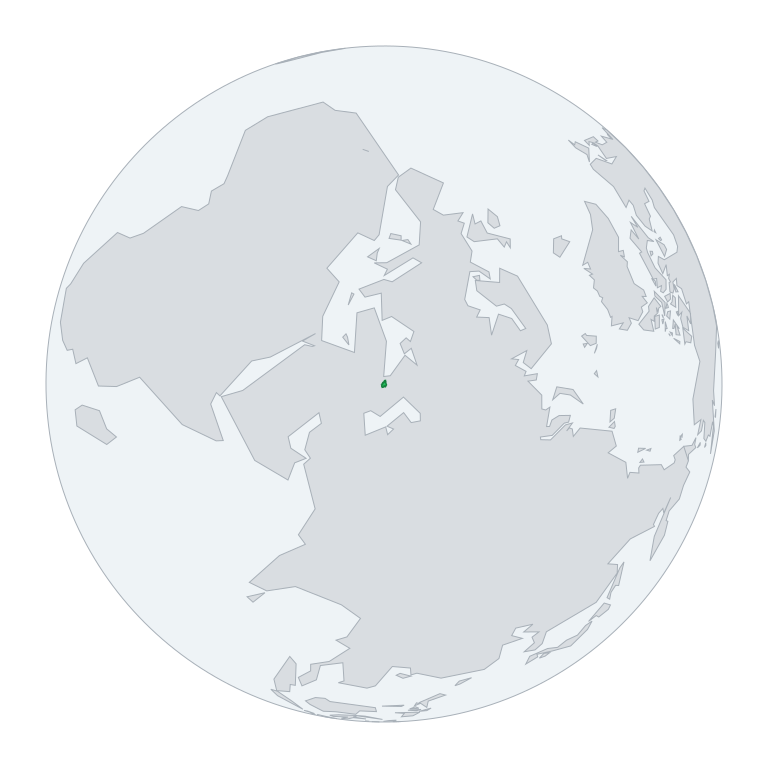 Samtskhe-Javakheti on an orthographic globe, rotated 86°
{"feature_id": "GEO-3038", "entity_name": "Samtskhe-Javakheti", "entity_type": "Region", "adm_level": 1, "iso_a3": "GEO", "parent_name": "Georgia", "parent_adm1": "", "projection": "orthographic", "projection_center": [43.25, 41.511], "detail": "fine", "context": "on_globe", "style": "filled", "palette": "green", "viewbox_px": 768, "rotation_deg": 86, "n_neighbors": 0, "source": "natural_earth", "source_scale": "10m", "svg_char_len": 11630}
<svg xmlns="http://www.w3.org/2000/svg" viewBox="0 0 768 768"><g transform="rotate(86 384 384)"><circle cx="384" cy="384" r="338" fill="#eef3f6" stroke="#a8b0b8"/><path d="M336.6,49.4L336.9,49.4L333.3,49.9L336.6,49.4ZM328.5,50.7L330.7,50.4L342.5,49.0L349.5,48.2L375.7,51.0L413.6,55.7L428.7,55.8L422.9,57.6L453.8,57.8L476.5,63.2L448.9,58.3L444.5,58.8L458.9,62.5L457.5,64.0L463.6,66.9L460.7,68.7L444.8,66.6L442.6,67.9L452.9,70.6L456.5,74.6L441.7,70.4L446.3,77.3L420.6,76.9L383.5,67.3L367.1,71.5L323.2,74.3L325.2,76.7L309.7,80.5L306.2,84.9L299.1,85.0L302.4,88.7L309.6,87.9L313.5,89.5L312.1,92.3L302.7,92.5L302.1,91.1L298.6,92.7L294.5,91.7L295.7,93.8L284.6,94.2L293.4,98.2L282.6,102.2L275.9,101.4L279.6,95.7L273.0,82.6L267.2,81.5L255.4,84.7L226.8,102.0L219.2,103.6L206.8,110.0L209.5,111.2L220.3,106.9L222.3,111.5L235.2,106.5L237.9,107.9L250.0,105.8L244.8,112.5L233.3,120.5L223.1,122.9L217.7,126.8L224.8,130.2L203.1,141.2L184.4,160.2L179.2,162.9L173.7,156.6L180.4,141.3L173.3,136.3L174.5,146.4L161.4,154.1L157.8,158.6L156.5,162.6L160.2,162.6L155.0,167.0L151.9,157.9L156.5,153.6L157.5,156.3L160.6,149.6L158.4,144.9L151.9,149.9L155.5,139.9L150.9,143.6L149.1,144.0L156.1,138.5L143.5,148.6L146.0,144.2L165.1,126.5L185.6,110.4L207.3,96.0L230.0,83.2L253.6,72.3L278.0,63.1L303.0,55.9L328.5,50.7ZM46.4,399.1L48.9,423.1L54.4,452.6L57.1,468.1L57.2,470.0L51.9,446.7L48.3,423.0L46.4,399.1ZM352.8,47.9L342.8,48.9L332.7,50.0L341.2,48.8L352.8,47.9ZM371.8,47.8L366.7,48.2L363.9,47.4L367.7,47.4L371.8,47.8ZM439.9,56.1L432.1,54.6L440.2,55.6L439.9,56.1ZM465.0,67.1L467.7,67.2L469.7,68.7L465.0,67.1ZM252.0,102.4L250.9,104.0L249.2,103.5L252.0,102.4ZM258.1,100.0L256.8,98.3L259.6,97.0L260.3,98.1L258.1,100.0ZM467.1,73.0L469.6,75.9L464.3,72.5L467.1,73.0ZM259.1,102.6L264.6,94.9L269.5,92.7L276.3,95.2L259.1,102.6ZM469.2,77.4L475.5,85.2L481.9,85.7L467.1,89.3L466.7,81.0L459.2,76.5L466.1,78.3L469.2,77.4ZM312.5,86.5L304.8,87.4L312.5,84.2L312.5,86.5ZM316.5,84.1L334.8,73.3L345.5,73.9L337.2,77.1L352.1,76.3L348.3,81.8L339.3,83.5L333.1,81.9L336.4,85.3L316.5,84.1ZM457.9,90.4L457.1,92.2L454.9,89.9L457.9,90.4ZM315.6,89.8L318.3,87.4L327.8,87.6L324.1,92.6L322.2,90.9L315.6,89.8ZM357.9,73.7L364.3,75.1L362.9,79.8L365.2,81.1L349.2,82.0L357.9,73.7ZM319.3,92.3L321.9,95.3L316.1,97.9L313.6,92.3L319.3,92.3ZM331.9,85.7L336.2,86.1L332.5,87.4L331.9,85.7ZM297.2,109.7L300.2,106.2L305.4,105.9L297.2,109.7ZM323.2,96.2L325.2,95.4L327.6,95.0L328.1,97.5L323.2,96.2ZM349.4,85.5L347.5,87.4L355.9,85.3L355.2,89.2L344.6,89.3L348.9,90.9L348.8,92.1L340.3,90.9L349.4,85.5ZM335.7,99.2L322.0,101.3L315.2,107.6L310.4,107.9L322.2,97.9L335.7,99.2ZM339.2,94.4L335.9,97.3L331.6,95.9L331.1,93.1L339.2,94.4ZM358.6,91.9L362.3,85.9L364.5,86.2L358.6,91.9ZM334.6,101.2L337.9,100.7L334.6,101.8L334.6,101.2ZM352.2,94.9L353.2,92.7L355.7,93.0L352.2,94.9ZM343.7,101.7L339.3,102.3L338.8,100.2L343.7,101.7ZM348.3,98.8L351.4,99.8L341.3,99.1L348.4,97.7L348.3,98.8ZM354.4,95.6L356.2,95.1L353.6,96.5L354.4,95.6ZM348.1,109.6L335.5,109.2L334.4,104.5L346.8,105.4L348.1,109.6ZM109.3,481.4L98.5,425.1L107.6,413.7L111.8,392.9L176.5,354.9L187.2,366.8L234.8,378.5L240.2,383.7L231.4,399.6L264.5,432.9L279.0,421.6L312.2,440.4L336.3,443.2L350.5,411.3L311.1,406.0L307.4,388.4L341.5,378.6L376.5,383.8L376.2,377.2L356.8,361.0L367.5,349.7L350.3,354.3L355.3,361.6L344.7,365.1L339.5,358.7L343.5,354.7L333.7,350.5L317.2,371.7L320.4,381.4L293.2,380.4L296.0,396.9L287.6,402.3L279.7,376.8L282.6,368.7L265.7,338.0L260.2,346.3L275.8,376.2L269.7,372.6L262.5,385.3L263.2,372.8L247.7,339.2L224.8,336.2L191.0,359.0L178.7,355.3L170.5,342.1L187.6,310.7L213.3,322.7L219.7,313.0L218.6,293.2L226.5,298.9L229.2,292.7L239.3,296.6L257.5,286.9L268.4,289.4L279.5,271.5L286.6,270.7L278.0,281.3L277.9,290.5L305.3,297.6L311.8,294.8L316.8,282.9L323.7,286.9L325.1,274.5L342.8,273.3L322.3,264.9L327.6,252.0L340.4,244.2L338.5,238.7L317.6,251.7L312.6,258.4L314.2,266.4L297.4,284.9L287.1,285.7L290.8,261.6L276.6,260.5L285.7,243.3L336.5,217.0L355.6,214.2L379.0,236.1L372.3,243.6L360.6,239.2L367.8,255.0L369.0,248.0L374.7,251.7L381.3,241.4L385.7,243.5L384.4,230.3L390.6,231.8L391.2,240.2L406.1,227.4L419.9,228.3L421.2,224.5L418.6,220.1L437.8,224.8L437.9,221.8L431.6,219.0L427.7,211.5L428.3,200.3L434.9,202.5L435.6,206.9L447.0,219.8L447.8,231.7L450.5,231.5L451.4,221.8L437.5,205.9L436.0,198.7L443.6,205.1L440.7,202.2L442.0,199.3L449.5,198.8L441.6,191.4L447.0,159.8L462.1,156.6L468.3,165.2L479.0,148.2L495.1,147.6L489.3,144.8L490.6,135.9L485.5,135.8L482.9,133.9L483.8,113.0L489.1,110.5L482.9,100.0L479.9,98.8L475.6,100.0L467.1,89.3L481.9,85.7L488.0,88.5L493.1,85.1L506.1,92.3L519.3,97.4L530.5,108.4L539.9,112.1L540.8,110.4L554.4,114.8L578.9,131.0L554.9,125.0L517.2,105.9L532.2,113.9L527.6,114.5L532.2,119.1L542.9,125.0L544.9,124.1L555.7,149.1L579.0,173.2L580.4,163.6L588.9,164.6L616.6,187.6L642.5,239.3L654.0,244.3L659.8,251.9L660.9,262.8L652.6,252.0L646.9,254.0L642.1,246.7L641.1,261.9L634.0,252.2L636.7,269.6L643.9,274.2L647.4,263.7L652.8,283.9L665.9,288.5L675.7,303.9L681.4,347.6L674.8,371.4L676.1,377.4L669.2,377.4L666.4,395.4L684.5,413.6L686.2,422.2L678.8,450.4L677.4,444.6L659.2,444.5L660.4,467.1L674.4,472.1L679.4,486.9L670.7,489.9L665.1,477.2L658.5,476.7L657.0,458.1L645.3,436.5L636.2,449.7L633.7,438.6L616.2,423.8L601.3,441.9L579.9,486.5L582.2,515.4L572.5,532.2L547.8,500.2L538.4,473.6L528.4,479.9L503.8,461.4L458.4,469.7L452.9,462.6L444.1,467.6L427.0,461.7L418.9,449.2L408.1,450.9L429.9,483.3L441.6,481.4L452.7,466.9L456.4,478.6L473.1,486.5L451.2,518.3L385.3,547.2L380.6,525.4L339.3,460.4L341.5,453.1L341.4,452.3L341.0,450.7L335.5,462.3L328.9,448.8L349.2,495.6L351.8,514.4L384.4,548.5L380.9,551.8L391.9,558.3L429.2,548.3L429.0,555.4L410.4,588.1L360.2,627.3L367.9,651.0L366.1,669.0L337.2,678.1L342.2,689.9L327.6,692.1L328.3,697.7L318.0,701.5L299.8,702.5L266.4,694.2L262.3,689.6L242.6,675.2L214.3,639.3L220.7,627.2L216.9,613.4L192.9,573.6L198.0,557.0L192.1,546.3L179.5,542.7L173.0,529.6L165.6,525.6L121.3,504.6L109.3,481.4ZM151.0,382.9L148.4,388.9L151.0,382.9ZM411.8,406.2L433.8,406.3L426.9,385.3L434.8,383.9L429.6,377.6L426.3,383.9L413.9,366.4L424.4,359.6L423.3,350.3L415.8,349.9L398.4,365.5L416.1,390.1L409.7,399.1L411.8,406.2ZM161.6,154.6L161.7,155.5L159.4,160.0L158.4,158.8L161.6,154.6ZM161.8,176.3L153.5,183.1L158.7,177.1L155.7,176.3L163.0,163.3L176.9,163.6L169.3,165.5L161.8,176.3ZM176.6,147.1L170.4,154.6L176.6,146.5L176.6,147.1ZM234.2,257.3L236.3,263.2L230.4,269.1L216.7,268.0L225.0,259.2L234.2,257.3ZM240.6,270.5L248.1,248.0L256.9,248.5L250.7,251.9L255.8,254.5L247.1,260.8L248.3,284.1L243.1,291.0L220.5,283.8L230.7,282.0L228.1,276.0L240.6,270.5ZM251.6,196.6L255.0,188.8L269.8,199.7L265.0,205.9L251.0,204.6L248.5,196.6L251.6,196.6ZM270.1,109.4L270.4,107.0L273.0,106.7L274.8,108.6L270.1,109.4ZM298.2,108.1L271.3,120.0L270.3,117.7L255.8,128.4L247.5,126.7L257.2,119.7L240.0,126.9L245.4,119.9L234.0,125.7L256.5,110.2L260.7,104.8L259.2,111.3L266.6,112.8L271.1,111.9L287.0,105.5L299.7,95.4L309.2,96.0L312.5,99.1L310.8,101.6L305.2,100.3L307.1,104.6L297.7,104.7L298.2,108.1ZM345.5,145.4L339.7,141.1L341.9,153.1L332.5,151.8L333.3,153.3L325.3,155.7L317.0,161.3L313.2,159.8L311.6,162.7L306.2,164.6L302.8,168.3L294.8,166.9L289.9,171.5L288.9,168.3L282.6,176.6L283.7,169.9L276.8,172.3L279.4,177.5L244.7,165.1L229.3,166.2L215.8,171.2L219.5,160.1L234.4,148.8L254.0,139.8L268.3,140.8L267.4,136.0L274.0,135.3L272.0,139.3L279.0,132.7L283.8,133.3L301.3,127.5L308.4,118.4L315.0,116.4L314.6,120.3L321.4,115.7L325.2,121.9L330.0,120.8L338.5,126.1L335.0,134.9L340.6,133.0L347.4,137.5L345.5,145.4ZM350.2,111.2L348.2,121.1L342.1,125.6L329.9,114.5L325.0,114.7L316.9,108.5L325.9,102.4L327.4,104.6L331.0,105.5L326.7,107.0L332.8,106.4L335.0,109.6L340.3,110.1L338.2,113.1L350.2,111.2ZM248.4,379.3L252.9,381.6L260.5,383.1L256.0,391.5L248.4,379.3ZM237.3,356.6L241.7,356.9L239.1,368.8L234.4,366.7L237.3,356.6ZM246.3,347.4L242.1,356.0L241.6,350.1L246.3,347.4ZM282.3,281.2L287.3,281.1L287.0,284.1L283.2,287.7L282.3,281.2ZM350.0,183.5L347.7,179.7L349.7,178.5L351.1,168.9L358.2,169.5L360.1,175.5L350.0,183.5ZM342.6,416.3L334.4,421.9L331.3,418.4L334.7,417.1L342.6,416.3ZM292.2,407.7L302.7,414.2L290.8,409.9L292.2,407.7ZM358.0,182.5L357.7,178.4L361.4,181.3L358.0,182.5ZM363.4,169.5L368.1,172.0L359.2,168.4L363.4,169.5ZM425.0,664.8L404.5,693.3L388.2,693.9L384.0,686.6L390.8,669.7L409.4,663.8L418.2,654.6L425.0,664.8ZM706.9,480.5L709.0,475.5L708.6,476.8L706.9,480.5ZM705.0,482.9L707.9,476.3L704.0,486.6L705.0,482.9ZM708.9,473.8L711.8,464.4L713.1,459.5L712.5,462.4L708.9,473.8ZM702.8,487.6L687.5,511.9L680.6,518.2L683.0,511.8L694.2,497.6L702.8,487.6ZM682.4,512.4L670.7,514.4L649.2,497.0L657.0,491.2L678.4,493.5L677.2,498.5L684.3,499.5L682.4,512.4ZM707.6,454.9L706.2,467.4L698.5,480.1L694.6,484.4L692.0,474.3L693.5,464.7L697.0,460.0L706.3,415.2L710.3,414.4L708.4,431.1L711.5,435.2L707.6,454.9ZM583.9,517.3L592.5,529.9L586.7,535.4L583.9,517.3ZM706.9,389.3L705.2,408.5L705.8,386.3L706.9,389.3ZM705.4,370.8L707.1,376.0L704.3,373.8L705.4,370.8ZM678.9,385.6L675.4,392.1L673.8,388.1L677.3,377.5L678.9,385.6ZM683.1,317.1L688.6,329.2L689.9,334.3L685.6,329.6L683.1,317.1ZM417.9,186.6L408.0,198.8L405.6,209.1L411.5,216.8L398.9,211.8L402.7,195.8L417.9,186.6ZM442.8,162.6L437.5,156.7L442.5,156.3L444.4,157.6L442.8,162.6ZM437.6,161.2L426.1,159.7L424.9,154.6L434.2,156.7L437.6,161.2ZM391.9,170.1L388.4,173.5L385.5,171.0L391.9,170.1ZM713.2,460.4L711.7,466.5L714.5,454.2L713.2,460.4ZM721.7,395.8L721.5,398.8L721.9,390.7L721.7,395.8ZM719.4,422.2L719.1,425.5L718.7,426.3L719.4,422.2ZM720.6,413.3L719.9,419.8L720.2,416.5L720.7,412.1L720.6,413.3ZM713.2,433.6L714.0,438.0L716.9,425.3L714.7,438.0L715.6,443.7L714.5,449.9L713.8,443.2L712.0,457.8L710.6,461.2L710.8,452.3L712.7,435.3L714.0,426.2L718.5,408.9L713.2,433.6ZM720.5,408.1L720.1,402.4L720.2,395.1L720.8,396.8L720.5,408.1ZM717.2,389.8L714.0,386.7L712.7,396.0L713.9,371.2L717.0,378.3L717.2,389.8ZM712.2,374.3L711.1,382.9L711.2,369.7L712.2,374.3ZM709.9,381.1L708.2,375.1L709.9,371.8L709.9,381.1ZM713.0,371.9L710.6,359.6L712.8,364.1L713.0,371.9ZM703.4,362.0L709.6,363.9L704.2,370.9L696.8,349.8L698.6,344.3L703.4,362.0ZM668.3,248.1L663.9,243.3L663.6,237.5L666.7,242.3L668.3,248.1ZM658.3,216.0L662.0,234.4L664.3,250.3L666.9,249.7L673.3,262.1L665.8,257.6L659.3,239.3L658.8,229.2L652.3,219.8L648.0,208.5L639.0,199.8L635.0,193.0L643.0,198.1L658.3,216.0ZM635.1,196.5L617.9,179.6L620.2,173.5L624.4,175.9L631.4,186.0L629.8,188.5L635.1,196.5ZM614.4,173.9L612.7,176.4L583.8,161.5L578.2,157.0L601.4,164.0L601.0,167.0L607.7,172.1L614.4,173.9ZM460.8,92.9L457.4,92.3L460.0,91.4L460.8,92.9ZM480.1,134.2L476.8,131.4L480.0,130.1L480.1,134.2ZM469.6,123.3L468.3,126.6L467.0,122.2L469.6,123.3ZM465.8,134.5L466.5,127.5L469.8,135.6L465.8,134.5Z" fill="#d9dde1" stroke="#a8b0b8" stroke-width="1"/><path d="M382.1,384.2L381.9,384.0L382.0,383.9L382.1,383.7L381.4,383.5L381.2,383.6L380.9,383.3L380.8,383.1L380.7,383.0L380.6,382.9L380.7,382.7L380.6,382.3L380.8,382.3L381.0,382.3L381.1,382.2L381.4,382.1L381.6,382.3L382.1,382.1L382.5,382.2L382.9,382.1L383.3,382.1L383.5,382.1L384.8,381.6L385.2,381.7L385.3,381.7L385.4,381.8L385.5,382.0L385.8,382.2L385.9,382.3L386.0,382.4L386.1,382.5L386.3,382.5L386.6,382.5L386.8,382.7L386.6,382.9L386.3,382.9L386.1,382.9L386.0,383.1L386.0,383.7L386.0,383.8L385.9,383.9L385.9,384.0L386.0,384.0L386.4,383.9L386.6,383.9L386.8,384.1L386.9,384.3L386.9,384.5L387.0,384.8L387.1,385.0L387.0,385.3L387.1,385.5L387.2,386.0L386.7,386.1L386.3,386.3L386.2,386.4L385.4,386.3L385.2,386.3L384.9,386.4L384.9,386.2L384.7,386.0L384.6,385.9L384.4,385.9L383.9,386.0L383.7,385.7L383.3,385.5L383.6,385.4L383.6,385.2L383.4,385.2L383.2,385.0L382.9,384.8L382.8,384.7L382.7,384.4L382.4,384.3L382.4,384.2L382.1,384.2Z" fill="#22c55e" stroke="#15803d" stroke-width="1.5"/></g></svg>